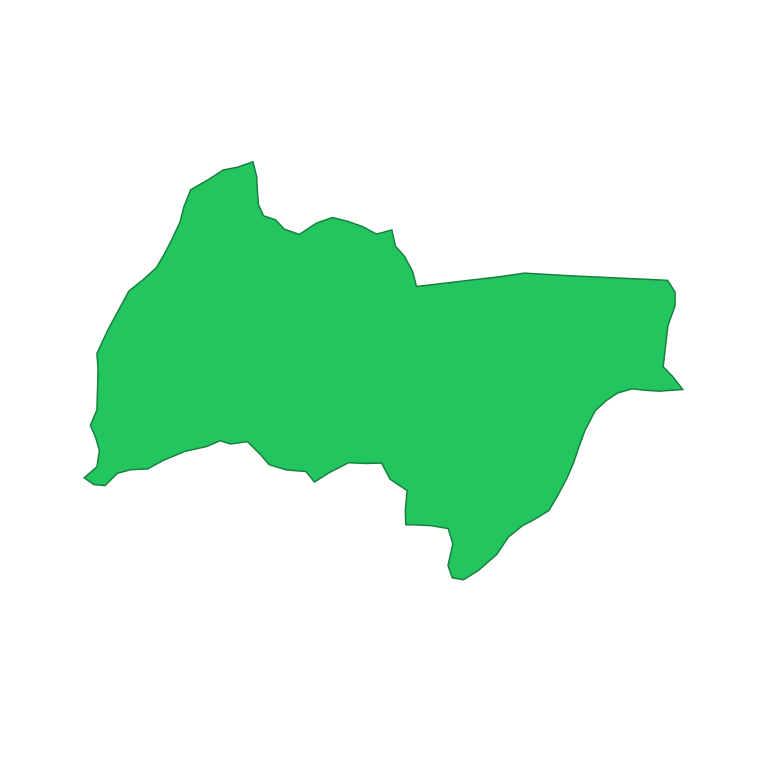 Curral de Cima, Paraíba, Brazil, rotated 205°
{"feature_id": "56859067B74378135751111", "entity_name": "Curral de Cima", "entity_type": "district", "adm_level": 2, "iso_a3": "BRA", "parent_name": "Brazil", "parent_adm1": "Paraíba", "projection": "equal_earth", "projection_center": [-35.284, -6.731], "detail": "fine", "context": "isolated", "style": "filled", "palette": "green", "viewbox_px": 768, "rotation_deg": 205, "n_neighbors": 0, "source": "geoboundaries", "source_scale": "gbopen_adm2", "svg_char_len": 1359}
<svg xmlns="http://www.w3.org/2000/svg" viewBox="0 0 768 768"><g transform="rotate(205 384 384)"><path d="M170.8,597.8L262.9,560.0L303.7,543.8L324.7,530.0L395.8,486.1L405.4,497.8L419.2,508.3L431.9,513.7L442.0,526.9L454.2,516.7L469.6,517.6L485.7,516.1L501.1,513.1L513.1,501.4L524.0,483.7L540.1,482.2L551.9,487.0L564.2,485.5L573.7,493.6L580.7,506.2L587.3,518.5L596.7,530.0L608.5,518.5L620.1,510.1L629.3,495.4L641.3,478.3L640.2,459.7L637.3,444.4L637.3,425.7L638.0,408.9L639.5,393.0L646.4,376.8L654.5,360.3L657.1,316.4L657.1,290.3L649.8,277.4L641.3,257.9L633.3,239.3L632.6,222.4L623.0,214.0L613.7,203.2L609.2,187.6L616.1,172.3L604.5,170.2L593.8,174.1L588.0,190.3L577.3,199.3L562.4,207.1L551.5,221.8L536.1,238.7L518.2,252.5L508.6,263.3L497.7,264.8L483.4,274.1L466.1,267.8L454.0,262.4L436.4,264.8L417.7,271.7L405.6,265.7L396.5,280.1L382.7,297.8L367.3,304.1L352.8,311.3L338.1,300.2L318.0,297.2L311.5,278.9L304.8,265.7L294.6,270.2L281.2,275.6L264.7,280.1L254.0,268.1L249.3,246.5L240.2,237.2L229.2,240.2L219.7,254.9L209.8,277.1L206.5,298.1L198.5,314.3L190.9,324.2L181.1,339.0L179.5,355.2L178.4,376.5L178.9,392.7L180.6,408.0L182.2,426.6L181.3,448.9L175.5,463.0L168.6,474.4L157.0,484.6L145.2,488.5L131.4,493.9L110.9,505.3L125.6,512.8L138.3,517.6L143.9,534.5L151.4,557.0L153.2,577.7L159.0,590.3L170.8,597.8Z" fill="#22c55e" stroke="#15803d" stroke-width="1.5"/></g></svg>